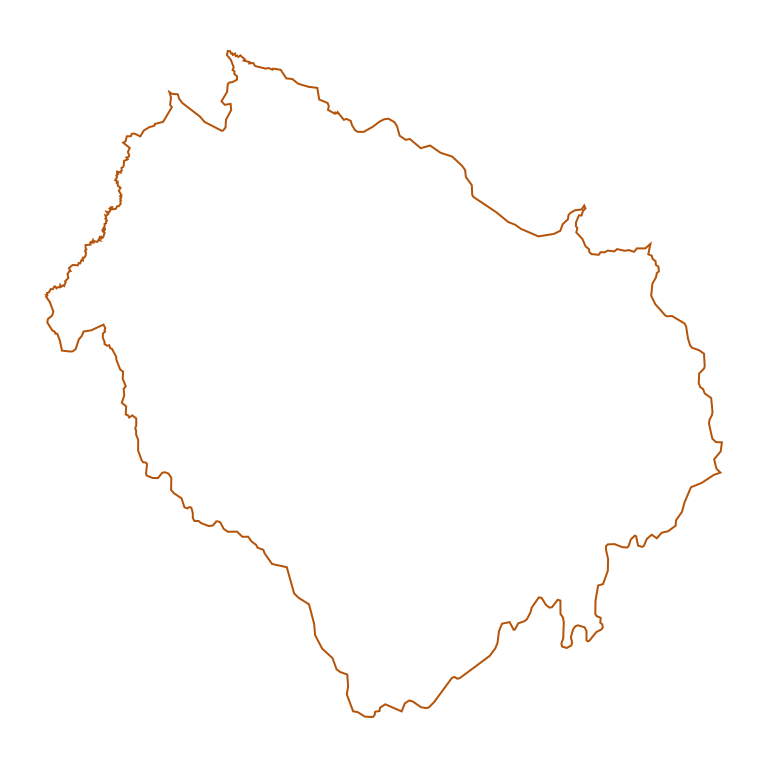 Tha Takiap, Chachoengsao, Thailand (Natural Earth projection)
{"feature_id": "78962969B88145432659836", "entity_name": "Tha Takiap", "entity_type": "district", "adm_level": 2, "iso_a3": "THA", "parent_name": "Thailand", "parent_adm1": "Chachoengsao", "projection": "natural_earth1", "projection_center": [101.63, 13.389], "detail": "fine", "context": "isolated", "style": "outline", "palette": "amber", "viewbox_px": 768, "rotation_deg": 0, "n_neighbors": 0, "source": "geoboundaries", "source_scale": "gbopen_adm2", "svg_char_len": 6013}
<svg xmlns="http://www.w3.org/2000/svg" viewBox="0 0 768 768"><path d="M353.1,711.3L357.6,712.1L365.1,716.7L372.9,717.0L374.6,715.0L375.2,711.7L379.5,711.0L380.0,707.7L385.3,704.3L401.6,711.4L404.9,703.3L409.2,700.5L412.6,701.4L421.2,707.3L426.2,708.1L429.0,707.3L434.2,702.0L451.9,677.9L454.4,676.9L457.3,678.7L459.8,678.1L489.8,655.8L495.3,648.4L497.5,642.9L499.0,631.1L502.0,623.7L509.6,622.1L513.6,629.7L514.8,629.7L518.3,623.3L524.4,621.2L526.9,619.2L530.4,612.6L531.7,607.7L538.8,597.4L541.6,597.9L545.9,604.8L549.4,607.6L552.0,607.2L557.6,599.8L560.4,600.6L560.5,614.0L562.9,617.4L563.8,622.3L563.2,638.5L561.4,643.5L562.0,646.5L566.7,648.0L571.3,645.5L572.1,642.6L570.9,637.1L573.1,629.4L575.3,626.3L577.9,625.3L584.6,627.3L586.5,631.2L586.5,640.2L587.7,641.3L589.3,640.8L596.3,632.1L601.3,629.5L602.8,627.5L602.3,624.4L600.3,622.6L600.7,617.8L596.6,616.1L595.3,613.9L595.5,600.7L598.1,585.5L603.0,584.1L607.8,570.9L608.1,559.2L606.0,549.7L606.1,546.0L607.8,544.4L614.5,544.1L622.5,547.2L627.2,547.5L628.6,546.0L630.8,539.5L634.8,535.6L636.2,536.3L638.0,545.6L642.3,546.9L644.0,545.7L646.8,538.9L651.7,534.7L656.8,538.3L661.7,532.7L668.0,531.3L675.7,525.6L676.0,520.3L681.9,512.0L684.6,502.2L691.0,487.2L701.7,482.9L713.8,474.9L720.4,472.6L716.5,468.8L714.1,459.3L720.7,451.4L721.9,442.4L716.0,442.1L712.3,438.6L709.0,423.7L709.5,419.8L711.9,415.2L712.5,412.0L711.2,398.1L704.7,393.4L703.1,389.1L700.3,387.2L698.7,383.0L699.2,373.5L704.1,368.4L704.7,366.2L704.0,353.7L698.9,350.1L692.1,347.8L690.1,345.4L688.0,338.5L686.1,326.4L684.6,323.5L672.0,316.0L667.0,316.3L665.3,315.5L655.3,304.2L651.2,295.8L652.4,283.7L656.0,277.3L656.8,273.1L658.9,271.4L658.4,266.7L655.9,264.9L655.5,261.1L652.8,259.1L651.7,255.7L648.3,254.3L650.4,243.9L645.3,248.4L636.9,248.4L634.1,251.8L628.8,250.1L624.8,250.8L617.1,249.1L614.3,251.4L607.8,250.6L604.7,252.3L600.6,252.2L598.7,254.8L591.7,254.1L589.5,252.3L588.9,249.1L585.5,246.2L582.5,239.1L576.3,232.4L577.3,228.1L575.9,226.2L576.0,222.3L579.0,215.3L581.6,215.5L582.9,211.1L585.5,208.4L584.2,205.5L581.7,209.4L574.9,210.3L570.3,213.0L568.6,214.9L567.9,219.3L562.7,224.2L560.3,230.8L553.9,233.9L538.5,236.4L520.8,228.8L515.3,224.8L508.2,222.0L496.4,212.3L473.5,197.0L472.2,194.8L471.8,185.2L465.9,177.0L465.1,170.0L461.8,165.5L452.2,156.6L440.4,152.7L430.1,145.5L420.8,148.2L409.8,139.0L405.7,139.8L399.6,135.7L397.1,126.4L394.5,122.2L388.5,118.7L384.1,119.3L379.6,121.6L372.9,126.7L363.6,131.9L357.6,131.8L355.2,130.3L352.2,125.6L350.7,120.9L346.5,118.9L343.8,119.8L337.6,112.1L336.9,113.3L335.3,112.5L334.8,113.7L328.0,109.9L328.8,106.1L327.6,103.0L319.2,99.5L317.3,87.9L308.5,86.8L298.1,83.7L292.3,79.0L286.3,78.4L280.7,69.8L273.1,68.6L272.4,69.7L268.8,68.1L265.5,68.6L255.1,66.0L253.2,63.0L249.3,63.4L249.7,62.1L243.7,60.6L244.9,59.4L240.6,55.7L241.0,54.9L238.3,57.0L237.1,55.6L235.6,56.1L235.1,53.6L232.8,54.9L232.3,53.3L231.1,53.6L230.1,51.2L227.8,51.0L226.9,55.0L230.9,59.9L233.7,67.4L232.6,70.0L234.5,71.4L234.3,73.9L237.0,76.2L237.1,78.0L236.9,79.7L232.3,82.2L229.2,82.5L227.7,84.2L227.1,91.9L221.5,101.2L224.7,104.8L230.6,103.9L231.2,110.0L226.0,119.7L225.5,127.5L223.1,130.5L221.8,130.8L204.5,121.9L199.9,116.5L182.2,102.9L179.1,98.7L177.8,94.3L171.8,93.8L169.4,92.0L171.0,97.5L170.1,104.8L171.9,107.1L163.1,121.9L154.9,123.9L154.3,125.8L149.4,127.1L143.7,130.6L140.3,136.4L134.6,133.6L131.8,133.8L130.9,136.2L126.8,136.3L125.5,141.4L123.2,142.7L129.7,147.9L127.9,152.0L129.2,155.3L128.6,156.9L126.4,157.5L127.8,159.3L124.0,160.9L123.8,165.1L123.2,166.9L121.5,167.9L121.7,170.8L120.7,171.4L120.8,172.6L117.1,171.6L117.1,173.7L118.1,173.1L118.1,174.1L116.4,175.5L117.1,176.9L115.2,180.1L116.6,180.7L116.7,182.6L117.7,182.0L117.8,185.8L120.5,187.7L118.9,190.9L121.5,195.2L120.1,196.3L121.3,197.3L120.2,199.0L121.0,200.3L120.3,201.1L120.7,203.7L118.9,206.1L117.1,206.3L115.7,208.9L111.9,209.4L112.3,207.1L111.1,207.1L109.5,208.6L110.7,209.6L109.1,212.3L106.6,211.8L108.1,214.1L106.2,215.9L105.4,215.5L106.2,218.0L105.4,218.7L106.9,220.6L106.1,221.3L106.1,223.3L103.8,224.1L104.5,224.0L104.7,226.0L103.2,228.7L104.6,228.1L105.1,229.3L104.2,230.7L102.9,230.1L102.8,231.4L104.6,232.8L103.2,237.2L101.4,238.5L101.0,236.7L99.8,236.8L99.0,239.6L99.7,240.3L98.4,240.0L97.3,241.9L94.4,241.2L94.0,242.1L93.0,240.0L92.0,242.6L91.0,241.9L90.2,242.8L90.5,244.6L85.5,245.1L85.6,248.9L86.4,249.4L85.0,251.2L86.0,252.6L85.6,255.7L84.3,257.7L82.8,257.7L82.9,260.5L81.5,260.0L80.1,263.4L78.7,263.1L77.9,265.3L72.6,265.0L68.9,268.1L70.5,271.1L69.2,271.4L67.5,274.1L68.4,277.9L65.1,281.3L65.7,282.1L64.1,286.0L63.2,285.3L61.3,286.7L60.3,285.1L59.9,287.3L57.4,287.3L56.5,288.3L55.1,286.4L54.2,286.6L52.8,289.2L50.7,289.1L48.9,292.4L46.9,293.1L47.3,295.0L46.3,295.1L47.1,295.8L46.1,296.7L49.7,301.9L53.4,311.6L52.2,315.5L47.9,319.0L47.3,322.5L52.3,330.4L54.7,331.7L55.4,333.6L57.3,333.7L59.9,340.8L62.0,350.6L69.9,351.5L72.5,351.4L75.6,349.2L78.9,339.3L81.8,335.9L83.6,331.5L91.3,330.3L103.5,324.6L105.3,328.3L104.5,330.1L105.1,331.5L102.9,333.6L102.8,337.5L104.7,342.5L104.5,344.0L107.1,345.8L109.2,345.2L110.2,348.2L112.0,348.9L116.2,356.8L116.3,359.6L120.2,369.5L123.1,371.7L122.7,378.8L125.8,386.3L123.6,388.9L124.3,395.3L121.8,402.8L126.2,406.4L125.7,414.5L128.0,415.3L129.2,417.5L132.3,415.4L136.2,418.4L136.3,425.2L135.2,428.7L136.1,430.4L136.1,434.5L138.2,440.0L138.1,450.5L141.7,460.4L143.2,462.3L145.9,462.6L147.1,464.0L146.0,473.4L146.7,475.6L152.6,478.0L157.9,478.1L162.3,472.7L165.0,472.3L168.4,473.5L171.3,477.8L171.1,489.9L174.0,493.3L181.6,498.4L184.4,507.2L187.2,508.4L189.5,507.1L191.3,507.6L192.8,513.0L192.8,517.9L194.3,520.9L198.6,521.0L200.9,523.0L208.8,526.1L213.0,525.4L216.3,521.3L219.0,521.6L220.4,522.5L223.7,528.9L227.9,531.8L237.0,531.6L242.4,536.8L248.1,536.7L251.5,541.4L256.2,544.9L257.4,547.6L263.3,549.8L264.7,553.5L272.1,564.0L286.8,567.2L294.1,593.4L298.6,597.8L309.0,604.3L314.1,623.7L315.1,635.1L322.2,648.7L332.5,658.1L336.6,669.4L340.4,672.1L347.3,674.5L348.1,686.7L346.8,694.4L353.1,711.3Z" fill="none" stroke="#b45309" stroke-width="2"/></svg>